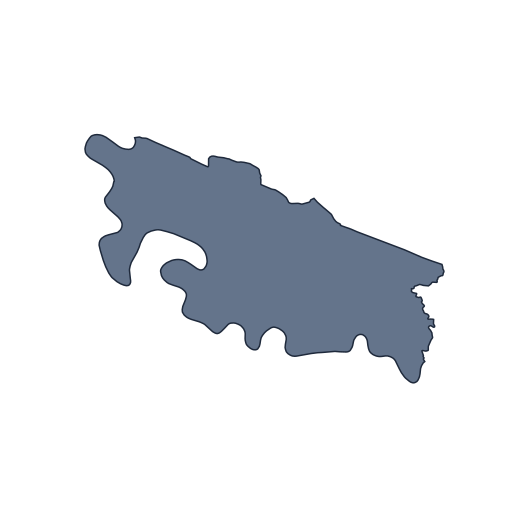 the district of Khlong Khuean, Chachoengsao, Thailand, rotated 126°
{"feature_id": "78962969B67235524404605", "entity_name": "Khlong Khuean", "entity_type": "district", "adm_level": 2, "iso_a3": "THA", "parent_name": "Thailand", "parent_adm1": "Chachoengsao", "projection": "equal_earth", "projection_center": [101.153, 13.774], "detail": "fine", "context": "isolated", "style": "filled", "palette": "slate", "viewbox_px": 512, "rotation_deg": 126, "n_neighbors": 0, "source": "geoboundaries", "source_scale": "gbopen_adm2", "svg_char_len": 6050}
<svg xmlns="http://www.w3.org/2000/svg" viewBox="0 0 512 512"><g transform="rotate(126 256 256)"><path d="M242.2,57.4L241.2,59.8L240.9,60.1L239.8,60.1L239.6,60.3L239.2,61.5L238.9,61.8L238.1,62.1L235.5,65.8L235.3,66.0L234.9,65.9L234.4,65.5L233.5,63.4L233.0,62.6L231.5,61.4L230.9,61.3L228.1,63.3L227.5,63.6L221.1,65.0L218.6,65.1L218.0,65.3L216.6,66.9L214.8,68.5L213.5,71.3L213.1,73.3L212.6,74.2L212.1,74.6L211.7,74.7L210.8,74.6L209.9,74.0L209.5,73.0L209.4,71.1L209.3,70.6L208.9,70.1L208.3,69.9L207.6,70.3L206.7,72.3L206.2,72.8L202.9,75.0L203.0,75.4L203.7,76.6L204.8,78.2L205.8,79.3L205.9,79.9L205.7,80.2L205.4,80.3L203.6,80.4L203.0,80.9L202.6,81.5L202.4,82.4L202.4,83.5L203.1,85.5L203.1,86.4L203.0,86.9L202.1,88.0L201.4,89.6L200.7,90.3L200.2,90.5L199.4,90.6L198.0,90.3L197.4,90.5L196.9,91.7L196.8,93.3L196.1,94.9L195.8,95.2L194.8,95.1L194.4,95.3L193.6,96.3L192.5,98.2L192.5,98.6L192.7,99.0L193.7,99.7L194.1,100.2L194.8,102.5L194.5,103.1L192.2,103.7L192.0,104.0L192.0,104.4L192.5,105.4L193.4,107.6L193.4,109.0L193.1,109.7L192.3,110.0L191.0,111.0L190.9,110.9L190.4,109.9L189.6,109.4L189.1,109.3L187.9,109.9L187.0,109.8L185.7,108.7L182.9,107.0L182.2,105.6L181.4,103.3L178.8,98.9L175.9,98.1L174.2,98.1L173.6,97.9L173.1,97.4L171.2,94.4L170.8,94.2L170.4,94.2L169.3,95.3L167.9,95.4L166.2,96.1L163.3,94.7L162.2,93.6L161.5,93.6L159.6,94.5L158.6,94.6L157.9,95.0L157.2,95.9L156.8,97.0L155.0,98.7L153.5,100.6L156.6,110.5L159.6,121.0L163.7,139.5L177.0,188.4L178.4,194.8L181.6,205.6L181.0,206.0L180.7,206.6L180.8,207.7L181.2,209.9L181.1,211.9L180.2,215.0L178.0,219.5L177.3,227.8L177.2,229.9L176.4,238.0L175.3,243.0L178.3,244.6L178.7,244.7L179.8,244.4L180.7,244.4L181.2,244.6L186.8,249.1L187.3,249.7L188.0,251.6L188.7,253.0L192.6,257.9L193.2,259.2L193.4,260.3L193.4,261.1L192.0,263.7L191.0,266.0L190.7,270.0L190.8,275.2L191.1,278.8L191.3,279.7L192.6,282.4L192.9,283.4L195.3,293.9L194.8,294.6L191.4,296.9L189.8,298.6L188.2,299.1L186.8,301.7L184.8,303.7L184.3,304.3L184.0,305.6L184.1,308.1L184.6,311.8L184.8,314.6L185.0,315.5L187.2,320.6L188.9,323.6L190.0,324.8L191.2,326.6L192.7,331.8L193.3,334.9L193.9,335.9L195.5,339.9L198.4,345.0L199.4,347.6L200.2,349.2L201.0,350.2L201.5,350.7L203.1,351.5L205.2,351.5L211.1,347.3L212.0,347.3L212.3,347.8L213.6,353.8L215.6,365.6L215.6,366.2L215.1,367.4L215.3,368.8L216.3,372.7L218.9,385.2L220.1,390.3L223.2,404.0L225.0,413.2L225.5,414.4L227.5,417.5L228.2,420.1L228.9,420.9L231.6,423.7L233.2,421.6L234.3,420.7L236.0,419.8L238.0,419.3L240.1,419.1L241.5,419.4L243.2,420.3L244.6,421.7L246.2,424.4L247.4,427.3L247.7,428.6L248.0,430.4L248.1,432.2L248.0,439.0L248.1,447.1L248.8,450.9L249.6,453.1L251.0,455.6L251.5,456.3L253.0,457.9L254.9,459.3L256.1,459.8L258.6,460.0L262.0,459.9L264.2,459.6L267.9,458.3L269.9,457.3L272.3,455.0L273.3,453.2L273.8,451.2L274.2,448.3L274.2,446.7L272.8,433.5L272.8,429.5L273.0,426.3L273.6,423.5L274.6,420.5L275.7,418.3L277.3,416.1L278.8,414.6L279.5,414.7L283.6,412.9L286.3,412.4L290.0,412.2L297.0,412.4L298.3,412.1L299.5,411.5L300.5,410.6L301.8,409.2L303.3,406.3L304.0,404.0L304.5,401.0L305.5,390.6L306.3,387.1L306.9,385.7L308.3,383.7L309.1,382.9L311.1,381.7L313.1,381.1L314.8,381.0L317.7,381.6L318.5,382.0L325.6,387.8L328.1,389.6L329.5,390.3L332.4,391.3L333.4,391.4L335.1,391.3L335.9,391.1L337.1,390.7L339.3,389.4L339.9,388.8L343.1,385.1L349.4,376.8L353.0,371.3L356.3,365.1L357.8,360.9L358.1,359.6L358.5,353.4L358.1,349.3L357.2,345.7L356.2,343.4L355.0,342.1L354.3,341.7L353.3,341.5L352.4,341.6L351.2,341.9L349.8,342.8L347.8,344.7L341.8,350.1L340.8,350.7L338.2,351.9L334.6,353.1L322.8,354.5L317.6,355.7L313.7,357.0L307.3,358.1L304.1,358.2L303.1,358.1L301.2,357.6L297.5,355.5L294.4,352.9L293.0,351.5L292.1,350.3L291.0,348.3L288.5,342.0L286.3,335.7L282.0,317.7L281.2,313.2L280.9,310.4L280.9,308.2L281.1,305.4L281.6,303.1L282.8,299.7L283.9,297.8L285.5,295.7L287.1,294.1L289.0,292.4L290.6,291.5L292.7,290.7L293.9,290.5L296.9,290.5L297.6,290.7L298.6,291.3L299.6,292.2L300.3,293.4L300.9,296.1L301.0,303.6L301.2,307.0L301.6,310.5L302.6,313.6L304.3,316.6L305.8,318.5L307.5,320.2L309.2,321.6L313.7,324.1L315.0,324.6L318.2,325.4L320.6,325.4L322.7,325.1L323.7,324.7L324.7,324.0L327.4,321.0L328.6,318.7L329.3,316.2L329.7,312.5L329.6,310.5L328.4,306.1L326.6,300.6L326.2,298.8L326.0,296.9L326.0,295.5L326.3,293.0L326.6,292.0L327.3,290.6L327.8,289.9L329.4,288.7L330.6,288.2L333.0,287.3L339.8,285.6L342.7,284.2L344.6,282.6L345.2,281.3L346.0,279.3L346.2,276.9L346.2,275.4L345.9,273.5L345.3,271.1L342.6,263.3L342.1,261.3L341.6,258.7L341.5,257.1L342.7,246.7L342.4,243.9L342.1,242.9L341.6,241.8L341.0,241.3L340.1,240.6L338.7,240.1L337.3,239.7L333.0,239.0L328.1,238.4L327.2,238.2L326.0,237.6L325.1,236.9L323.3,234.7L322.4,233.0L321.7,230.5L321.4,228.7L321.3,227.5L321.4,226.5L321.9,224.2L322.3,222.9L323.2,221.4L323.7,220.5L325.1,219.1L329.2,216.3L330.6,215.1L332.0,213.5L333.0,212.1L333.4,211.1L333.8,209.3L334.0,206.1L333.7,204.2L333.3,203.0L332.4,201.5L331.3,200.5L330.2,200.0L327.1,200.2L324.8,201.1L321.3,202.9L319.0,203.8L316.5,204.1L313.2,204.0L310.4,203.5L306.2,202.0L304.7,201.3L304.0,200.7L303.2,200.0L302.5,198.8L302.0,197.5L301.6,196.2L301.2,194.4L301.1,190.7L301.2,189.7L301.5,188.1L302.9,185.2L303.9,183.9L305.7,182.5L310.0,180.4L312.9,178.7L314.1,177.4L315.6,175.3L315.9,174.2L316.2,172.8L316.1,170.4L315.8,168.8L315.5,167.8L314.3,165.7L313.1,164.3L302.5,154.1L298.1,149.4L295.1,145.7L286.8,136.1L284.3,132.0L280.7,126.7L279.6,125.5L278.7,124.9L277.8,124.5L276.9,124.3L273.5,124.6L271.8,125.1L267.6,127.0L266.2,127.5L262.8,127.7L261.5,127.6L259.6,126.8L258.3,125.8L257.1,123.9L256.9,122.7L256.9,120.7L257.2,119.5L257.6,118.6L258.4,117.1L259.4,115.9L262.7,112.8L264.8,110.5L265.8,109.0L266.5,107.8L266.9,106.1L267.0,103.7L266.8,102.3L266.2,99.9L265.4,98.1L264.7,96.9L263.4,95.3L260.7,92.5L259.5,90.8L258.5,88.1L258.2,86.2L258.1,84.9L258.3,83.4L258.8,81.7L263.0,73.8L264.9,69.9L266.5,65.1L266.9,63.2L267.2,58.4L267.1,56.7L266.6,55.0L265.8,53.7L264.6,52.8L263.0,52.1L261.4,52.0L259.6,52.3L257.6,52.8L255.0,54.0L250.3,56.7L247.4,57.6L244.1,57.9L242.2,57.4Z" fill="#64748b" stroke="#1e293b" stroke-width="1.5"/></g></svg>